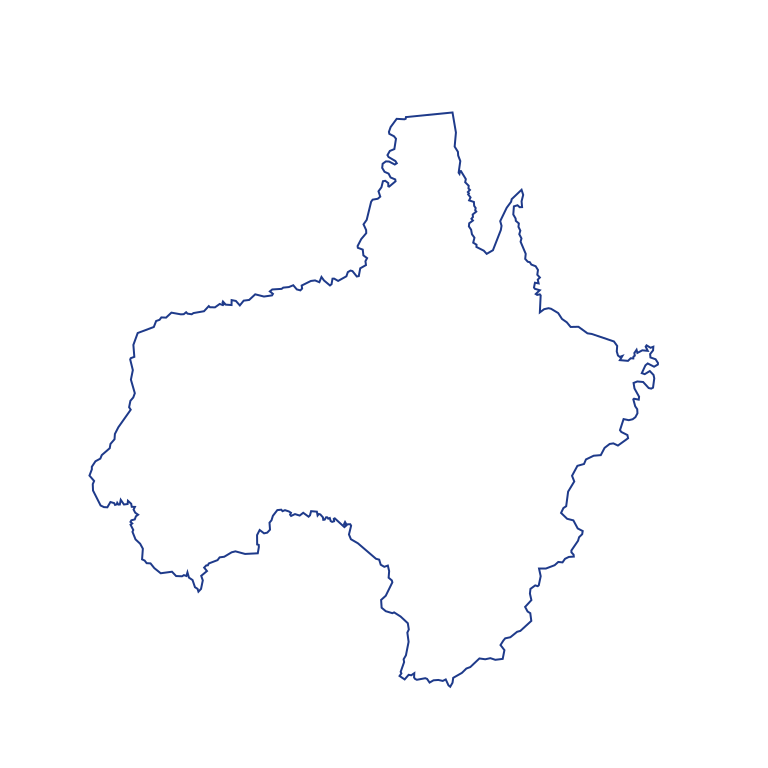 Lérida, Tolima, Colombia, rotated 285°
{"feature_id": "7082276B47821274124979", "entity_name": "Lérida", "entity_type": "district", "adm_level": 2, "iso_a3": "COL", "parent_name": "Colombia", "parent_adm1": "Tolima", "projection": "orthographic", "projection_center": [-74.913, 4.869], "detail": "fine", "context": "isolated", "style": "outline", "palette": "blue", "viewbox_px": 768, "rotation_deg": 285, "n_neighbors": 0, "source": "geoboundaries", "source_scale": "gbopen_adm2", "svg_char_len": 6166}
<svg xmlns="http://www.w3.org/2000/svg" viewBox="0 0 768 768"><g transform="rotate(285 384 384)"><path d="M489.7,634.5L488.0,632.1L489.3,627.6L487.8,627.1L484.3,630.2L483.4,624.8L479.6,620.7L482.4,619.1L478.7,617.8L476.3,618.9L475.0,617.9L473.2,618.2L472.7,615.6L469.5,613.7L468.1,605.7L472.8,607.0L471.2,604.7L472.1,602.6L475.7,600.4L481.1,599.4L484.6,595.1L486.1,571.6L485.6,567.4L489.6,557.0L487.4,549.5L490.9,544.6L492.9,539.1L497.6,533.9L499.9,525.9L499.8,523.3L497.7,519.3L493.5,516.0L510.1,512.4L510.9,511.3L509.7,508.9L510.2,507.3L514.9,510.2L515.0,505.1L516.0,503.9L520.9,503.6L521.2,507.3L524.6,505.5L527.2,507.0L529.2,503.8L534.0,503.2L537.0,500.0L537.5,495.4L539.4,493.3L539.3,491.2L541.4,488.0L546.4,487.2L556.8,479.1L560.2,479.1L563.7,475.9L567.4,476.0L570.6,473.2L574.0,472.7L575.7,469.1L577.9,468.3L581.2,465.0L589.2,463.5L591.2,466.7L589.9,469.3L590.6,471.6L596.1,469.6L602.7,469.5L607.2,466.6L595.6,459.5L592.9,459.6L586.0,456.9L571.4,454.1L567.2,456.6L563.0,457.0L541.4,454.6L536.3,449.5L538.6,445.9L540.3,437.8L542.5,437.3L543.6,433.6L548.7,433.5L551.4,430.2L555.6,428.2L558.2,425.2L561.3,424.7L564.9,427.6L566.2,425.7L568.3,426.7L570.7,425.8L574.4,428.5L575.5,427.1L577.7,427.0L579.4,425.0L583.1,423.7L583.4,418.7L586.6,419.3L588.9,416.2L590.1,416.7L591.1,415.3L593.7,416.8L594.7,415.0L597.4,414.5L599.9,410.2L603.1,410.0L609.6,403.2L609.3,402.4L606.5,402.5L607.4,401.4L619.1,400.0L623.9,396.5L627.4,395.3L631.6,390.8L645.5,388.4L664.0,379.9L647.5,336.1L645.8,336.3L645.0,335.3L643.4,327.6L633.9,323.9L628.8,323.5L627.0,324.4L625.9,329.5L624.0,332.1L613.6,333.2L610.6,329.3L606.0,328.1L604.4,329.7L602.3,337.3L600.5,339.2L598.8,337.6L600.2,331.3L599.5,328.2L596.4,325.7L592.3,326.3L589.1,329.6L588.4,334.0L585.2,336.9L584.5,341.9L582.8,342.7L576.0,337.9L576.1,337.0L579.2,336.1L580.6,332.6L579.6,330.5L573.3,330.6L568.7,328.8L564.0,331.9L561.3,330.0L559.1,325.3L556.7,324.4L538.1,324.8L532.9,322.9L528.1,326.9L525.1,327.8L518.1,324.5L510.4,322.8L508.8,323.5L508.3,328.7L502.9,330.8L501.2,335.1L497.8,334.3L494.2,335.8L489.6,331.1L481.7,331.7L480.8,329.9L484.9,324.3L484.9,322.3L482.7,320.1L478.3,319.8L471.7,313.0L472.9,308.5L472.4,307.0L466.8,307.5L465.2,306.3L468.5,299.2L471.2,295.9L465.6,295.2L466.2,290.6L464.6,286.7L457.8,279.0L455.0,280.2L452.8,279.0L452.8,275.3L455.9,270.8L453.0,267.0L451.0,261.7L449.4,260.5L446.4,251.6L443.9,249.8L442.3,253.4L440.6,252.9L437.4,245.4L437.3,236.4L430.3,232.0L428.2,226.9L422.6,224.4L425.9,219.4L425.6,215.1L420.8,216.3L419.7,210.6L422.0,207.1L420.8,207.0L419.4,208.6L418.5,208.0L418.8,204.6L414.3,200.9L413.1,196.0L413.9,194.6L407.7,191.3L403.2,181.6L401.6,180.2L401.1,176.0L402.1,174.3L399.6,172.5L398.7,169.7L397.9,160.2L391.7,156.3L390.7,151.7L387.9,150.6L385.9,147.6L379.5,146.9L369.5,132.9L356.9,131.8L345.6,135.8L343.4,132.7L342.0,132.5L332.4,137.8L322.7,138.4L310.6,145.7L306.1,145.3L302.1,143.4L295.6,143.8L293.6,146.0L273.5,138.6L266.1,137.0L260.9,138.0L255.3,135.3L251.0,135.7L242.3,129.8L238.5,129.3L234.7,125.3L228.4,123.2L226.0,123.9L219.3,123.2L215.3,129.1L211.9,128.6L205.8,130.5L193.3,141.7L192.6,145.4L193.3,148.7L199.2,150.3L199.1,154.2L197.6,155.5L198.6,157.0L200.2,157.1L198.8,158.7L199.2,160.0L204.0,159.7L200.3,164.0L201.7,167.4L204.9,166.9L202.9,170.8L200.1,172.1L200.8,175.2L197.9,174.6L195.3,177.0L194.1,180.3L192.0,178.6L188.7,178.3L187.0,175.3L185.2,174.8L184.1,176.9L182.5,175.6L178.1,179.6L176.1,179.3L169.6,184.2L166.6,189.8L162.5,193.7L152.0,195.7L151.5,198.5L149.5,201.1L150.3,204.9L146.7,209.8L143.4,217.3L147.8,227.8L144.7,232.9L146.0,238.7L147.6,240.2L147.4,242.8L151.2,242.9L146.5,245.7L145.1,249.8L138.8,254.0L137.9,256.9L135.4,258.5L138.7,260.3L147.4,259.8L151.4,257.1L157.5,261.4L160.1,257.8L162.8,259.3L163.3,260.8L165.3,261.2L170.8,268.8L174.0,270.1L175.8,274.4L182.0,280.4L183.9,283.8L183.9,293.8L187.8,305.9L194.2,305.3L196.2,304.6L196.2,303.0L205.2,300.5L210.8,301.7L208.7,306.8L210.2,309.7L213.8,311.6L220.4,309.3L223.2,310.6L227.9,310.8L234.6,313.6L236.0,317.3L234.9,318.9L236.5,321.0L236.3,325.0L235.5,327.5L233.5,327.1L232.5,328.4L235.3,331.7L235.1,336.6L238.7,339.3L236.3,345.5L238.0,346.5L242.3,346.5L243.3,352.2L239.8,353.9L241.6,354.7L241.5,356.3L239.4,359.5L237.1,360.5L237.6,361.8L240.3,362.6L240.5,363.8L239.5,365.0L240.5,366.3L237.8,368.0L237.4,369.6L238.5,371.3L240.8,370.4L241.5,371.2L235.5,382.8L237.4,384.1L238.4,381.7L240.6,382.1L238.7,384.0L239.8,387.7L238.6,388.9L229.6,389.1L225.5,392.2L223.4,400.0L213.1,421.5L213.1,424.8L208.6,427.6L207.5,431.6L209.6,434.7L204.6,437.4L198.1,438.6L196.3,442.4L194.6,443.4L179.9,440.5L174.7,437.1L167.3,439.6L165.0,444.5L164.8,451.4L166.0,452.9L163.7,460.2L159.1,468.9L153.3,471.5L149.9,470.9L141.3,474.5L127.6,475.4L123.2,474.2L120.6,475.4L110.3,474.6L109.0,475.7L106.0,474.6L104.0,480.4L109.5,483.1L109.7,485.7L112.5,488.1L108.3,489.0L107.2,490.3L106.8,492.3L110.5,500.0L110.3,501.9L107.4,505.3L110.6,508.5L112.2,513.1L112.4,517.6L114.6,520.1L109.6,524.3L108.7,526.3L113.2,527.5L118.1,526.9L125.1,534.0L130.5,537.2L132.9,540.6L143.6,547.2L144.3,553.0L146.7,557.7L146.4,562.9L149.2,569.8L158.1,569.2L162.0,564.1L167.1,565.7L169.7,566.9L172.1,571.6L179.1,576.7L180.8,579.6L193.3,587.6L200.5,584.6L201.4,581.6L205.2,578.0L213.4,582.3L219.3,579.2L224.0,578.5L228.6,582.2L228.5,584.8L229.6,585.6L238.9,585.1L245.9,581.5L247.7,588.2L253.1,595.7L257.2,598.4L257.9,602.6L262.0,604.1L264.8,607.3L266.4,612.0L268.2,611.3L269.9,608.6L271.7,608.1L282.8,612.0L286.5,612.1L290.2,614.3L293.4,614.0L294.6,608.5L301.3,602.2L301.2,595.8L305.3,588.4L310.6,589.4L313.1,591.6L327.7,589.7L339.1,593.0L344.0,589.4L355.0,592.0L358.5,597.9L363.4,598.6L369.0,605.1L371.4,611.8L379.4,613.6L384.5,617.5L386.0,620.9L385.1,625.9L394.8,633.8L397.7,632.3L399.1,625.6L400.5,623.9L412.1,624.5L412.4,629.8L414.3,633.3L417.0,635.4L421.3,636.4L425.2,635.1L427.5,632.4L433.7,628.8L434.5,629.3L434.8,634.1L437.7,633.7L444.5,627.1L449.6,624.8L452.0,628.0L453.0,633.8L448.6,640.7L448.7,643.3L450.1,644.8L459.4,643.6L462.5,642.0L465.3,637.4L461.0,633.3L461.2,630.2L469.7,631.7L472.1,633.4L470.6,640.4L473.7,643.5L475.2,643.2L478.2,639.9L478.6,634.5L481.8,633.3L486.1,635.2L489.7,634.5Z" fill="none" stroke="#1e3a8a" stroke-width="2"/></g></svg>